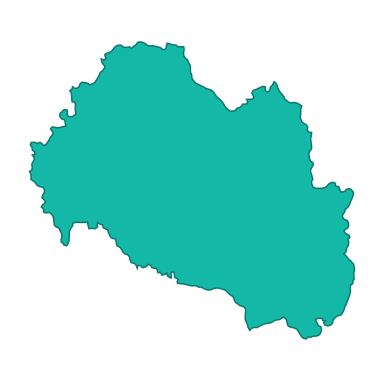 outline of Bambuí, Minas Gerais, Brazil, rotated 87°
{"feature_id": "56859067B81413101351729", "entity_name": "Bambuí", "entity_type": "district", "adm_level": 2, "iso_a3": "BRA", "parent_name": "Brazil", "parent_adm1": "Minas Gerais", "projection": "albers", "projection_center": [-45.998, -20.124], "detail": "fine", "context": "isolated", "style": "filled", "palette": "teal", "viewbox_px": 384, "rotation_deg": 87, "n_neighbors": 0, "source": "geoboundaries", "source_scale": "gbopen_adm2", "svg_char_len": 5907}
<svg xmlns="http://www.w3.org/2000/svg" viewBox="0 0 384 384"><g transform="rotate(87 192 192)"><path d="M319.7,47.6L317.0,46.1L314.8,45.6L312.6,44.0L309.9,43.0L307.4,41.7L304.8,40.7L303.0,39.9L301.0,39.3L299.2,38.8L297.0,39.3L295.2,38.9L293.0,38.2L292.0,36.3L289.2,36.0L287.5,34.7L284.8,34.7L281.4,34.7L279.4,34.1L277.1,33.6L274.6,34.1L272.3,34.5L270.8,36.0L269.1,37.0L267.4,39.1L265.0,40.8L263.1,42.0L261.8,43.7L260.3,41.8L257.9,40.8L255.8,40.5L254.0,38.9L251.7,38.3L249.4,38.1L247.3,39.0L245.9,36.7L243.6,37.3L242.2,39.4L241.1,41.2L238.6,42.2L237.1,40.4L236.1,38.5L234.3,37.4L231.3,37.3L228.4,38.7L226.9,42.0L224.0,43.1L222.2,42.3L220.3,40.9L217.2,39.7L215.6,37.4L213.1,35.5L210.1,34.3L207.8,33.1L204.2,31.4L201.0,30.8L199.0,32.0L197.4,33.4L196.9,35.4L197.5,37.8L199.1,39.1L199.9,41.4L199.5,43.5L196.9,44.4L194.5,45.2L193.3,48.5L190.9,48.3L189.6,50.8L190.7,54.4L192.6,56.4L194.4,58.5L195.1,62.2L194.9,65.9L194.9,68.3L193.3,70.9L189.8,72.1L187.4,72.0L185.8,70.7L183.7,71.1L181.0,71.6L178.5,72.5L175.9,72.3L173.5,70.9L171.6,69.6L169.2,69.7L167.2,71.9L164.7,73.0L159.3,73.3L156.8,71.9L155.2,70.3L152.2,70.2L148.8,70.5L145.0,70.7L142.2,70.0L138.7,69.4L138.4,72.6L136.0,73.7L133.3,73.0L130.9,74.2L129.7,76.2L128.2,78.4L125.4,79.4L123.0,80.1L120.7,79.5L114.6,79.0L111.9,77.9L110.1,80.1L108.5,83.1L107.9,86.0L108.2,88.3L107.6,90.6L105.5,92.6L104.1,94.5L101.4,95.3L98.0,97.9L95.0,99.9L92.3,101.0L89.8,101.5L87.6,102.5L86.1,104.2L89.3,106.0L91.4,108.2L93.9,109.0L95.9,110.3L95.7,112.4L94.1,113.6L90.8,113.4L90.2,116.1L91.1,117.9L91.7,119.8L92.8,122.3L93.7,125.4L96.1,127.1L98.7,126.0L100.7,125.3L102.6,126.7L102.4,129.7L102.3,132.6L104.5,131.7L106.6,132.2L107.1,134.2L106.9,136.6L108.9,138.4L110.2,139.9L110.7,142.7L113.0,144.7L113.3,147.0L113.3,149.3L112.2,151.0L110.1,153.3L107.8,155.0L105.7,155.7L103.8,157.0L101.4,158.9L98.7,161.8L96.3,163.6L93.4,165.1L91.5,167.1L90.4,169.4L89.6,172.2L87.6,175.0L86.4,177.3L85.4,179.3L83.7,182.3L81.7,184.1L79.2,185.8L76.9,186.2L74.8,186.2L72.5,187.1L69.9,187.3L67.8,187.0L64.9,187.3L62.1,189.0L59.6,189.6L58.3,191.4L55.7,193.0L52.4,193.2L49.6,192.4L46.6,192.7L46.4,196.1L46.2,198.6L44.5,200.2L43.9,204.2L42.7,206.7L42.1,208.9L44.3,209.9L46.5,210.1L48.3,211.6L48.2,213.8L46.3,215.8L45.0,219.3L44.3,222.3L43.7,224.1L44.0,226.5L43.3,228.8L41.5,230.8L39.7,234.2L39.3,236.7L40.0,238.6L42.3,240.5L43.7,242.9L45.5,244.8L43.8,246.7L44.2,250.0L43.8,253.1L41.8,254.8L41.5,257.5L42.1,259.7L43.3,261.5L45.1,262.9L46.7,264.4L48.4,267.1L48.9,269.9L50.2,271.9L52.3,271.4L54.2,270.8L55.6,273.0L54.3,275.7L57.8,275.2L60.4,273.7L61.7,272.2L63.7,273.0L66.0,274.8L67.8,277.4L69.6,278.1L71.6,279.2L73.8,280.6L75.7,282.0L77.8,283.7L79.3,286.9L79.6,288.8L78.0,290.2L77.1,293.9L76.7,296.7L78.8,298.5L81.1,299.3L82.4,301.3L82.3,303.6L80.7,305.8L82.8,306.3L84.5,308.7L86.8,307.3L90.7,307.2L93.3,307.1L95.5,307.1L96.3,304.2L98.6,303.8L101.0,304.1L103.5,304.3L106.0,304.1L108.8,303.9L109.2,305.8L110.5,307.4L110.4,311.1L108.1,312.5L106.0,312.5L103.8,312.2L103.0,314.4L103.6,316.5L105.2,317.7L106.5,319.5L108.5,320.2L110.4,319.7L112.3,318.1L113.5,315.2L116.8,315.0L119.6,314.5L119.9,317.0L120.4,319.3L120.8,321.6L120.8,323.9L120.0,326.2L119.7,328.3L121.5,329.9L123.4,329.0L125.0,327.6L127.2,328.0L128.7,329.4L130.8,331.1L133.4,332.6L135.5,334.2L137.2,335.5L137.6,338.2L135.5,339.6L134.4,341.5L135.5,344.1L134.1,346.4L134.1,349.9L136.5,351.0L139.0,349.4L141.9,349.2L144.0,346.8L146.4,347.1L146.7,349.6L148.8,348.2L151.0,347.7L153.2,348.9L155.9,350.6L158.6,350.2L161.4,350.7L163.0,353.2L164.7,352.4L166.6,351.9L168.7,351.9L171.2,352.1L173.0,349.4L175.0,347.7L177.4,346.2L178.7,343.4L179.6,340.5L182.2,339.2L184.9,339.5L187.0,341.1L189.8,342.2L191.7,340.4L194.0,338.7L195.8,340.1L197.0,341.8L199.1,343.3L201.1,341.3L204.5,341.1L205.3,338.8L204.9,335.5L206.6,333.6L208.9,332.0L211.8,331.6L214.9,331.4L218.1,331.1L219.9,329.2L221.2,326.7L224.4,325.5L227.2,324.3L230.1,324.3L232.6,325.2L235.3,325.2L236.3,323.4L238.2,322.7L239.2,320.0L236.2,318.0L234.0,317.3L231.8,317.2L229.8,316.8L227.3,316.7L224.7,316.4L222.3,315.2L219.6,313.1L217.1,312.5L216.0,309.8L216.3,307.6L216.6,304.8L216.7,301.5L216.6,297.9L220.0,297.5L223.3,296.8L223.0,294.4L223.6,290.7L221.9,288.0L219.8,288.5L217.5,287.7L219.3,285.6L220.0,283.1L223.2,282.4L224.3,280.2L225.5,277.9L228.0,277.7L230.2,276.7L233.2,275.5L234.4,273.1L234.9,270.9L237.0,270.4L239.6,270.3L241.8,269.6L243.6,266.7L246.4,264.9L249.0,263.8L250.4,262.0L251.0,259.8L253.1,258.0L256.6,257.4L259.3,256.5L259.9,254.4L261.2,252.0L265.2,250.7L262.6,249.8L262.7,247.6L265.0,245.3L264.1,241.4L262.0,239.8L263.0,237.1L265.3,236.1L266.2,234.0L266.4,231.2L268.4,230.8L270.9,230.1L270.7,227.6L273.4,226.5L272.9,223.3L271.7,221.5L275.1,220.5L276.9,217.4L274.9,216.8L272.9,217.5L270.7,216.6L271.2,214.3L273.4,213.9L276.5,213.6L277.5,211.6L278.9,210.2L280.6,211.5L282.5,211.2L283.0,208.3L283.3,205.2L284.3,202.1L285.3,199.1L285.7,197.0L285.7,194.5L286.0,192.1L287.3,190.6L287.4,187.7L289.0,185.4L290.3,182.8L290.8,180.4L290.6,177.9L289.4,175.3L289.1,171.7L289.8,169.1L290.8,166.0L292.2,163.3L294.7,161.2L296.9,159.0L298.2,157.2L299.6,155.9L302.0,155.5L304.4,154.4L306.1,152.2L307.8,150.4L308.6,148.1L309.8,145.8L312.1,144.5L314.5,144.8L316.8,145.1L319.6,145.4L322.7,145.4L324.6,144.5L326.7,143.7L330.1,143.1L333.2,141.5L331.2,139.8L330.5,136.9L330.8,134.2L329.6,131.8L328.5,129.1L327.5,126.4L327.1,123.4L326.8,120.3L325.8,118.1L324.5,116.0L324.1,113.2L323.9,111.2L322.8,109.1L321.7,107.0L323.8,104.7L326.0,104.1L328.4,103.7L330.8,103.0L332.3,100.2L332.9,97.5L334.1,95.3L335.6,93.6L337.7,92.6L340.3,91.2L342.2,90.1L343.9,88.5L344.7,85.6L342.9,83.7L343.2,81.2L342.4,78.3L342.3,74.9L341.2,72.1L338.9,70.6L335.5,69.8L333.2,70.5L332.3,72.6L330.0,73.7L327.6,74.8L325.5,75.1L324.5,71.6L325.2,68.4L327.1,68.3L327.8,65.7L329.2,67.4L331.7,66.4L332.8,63.4L332.2,60.6L330.5,58.6L326.8,57.6L324.2,54.7L323.0,51.8L322.5,49.4L319.7,47.6Z" fill="#14b8a6" stroke="#0f766e" stroke-width="1.5"/></g></svg>